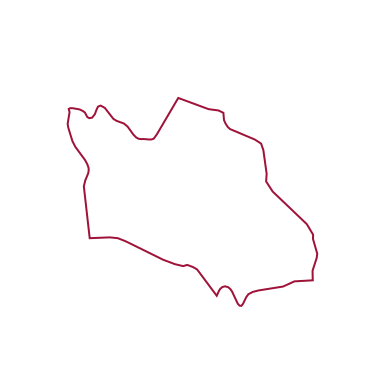 outline of Blantyre, rotated 115°
{"feature_id": "MWI-1921", "entity_name": "Blantyre", "entity_type": "District", "adm_level": 1, "iso_a3": "MWI", "parent_name": "Malawi", "parent_adm1": "", "projection": "orthographic", "projection_center": [34.955, -15.691], "detail": "fine", "context": "isolated", "style": "outline", "palette": "rose", "viewbox_px": 384, "rotation_deg": 115, "n_neighbors": 0, "source": "natural_earth", "source_scale": "10m", "svg_char_len": 1230}
<svg xmlns="http://www.w3.org/2000/svg" viewBox="0 0 384 384"><g transform="rotate(115 192 192)"><path d="M275.6,125.7L260.0,154.7L259.6,159.5L260.1,165.5L262.9,168.7L264.6,176.9L265.6,189.4L264.7,231.3L265.2,239.7L267.9,247.4L277.1,265.2L232.6,292.4L226.8,293.6L218.7,294.0L216.3,294.7L214.0,295.8L211.1,298.6L208.2,302.5L200.4,316.8L196.4,321.9L186.0,331.3L182.8,333.5L171.4,336.7L168.9,338.8L167.6,337.9L166.5,335.6L164.7,329.0L164.7,325.3L165.2,322.7L168.3,318.6L168.5,316.3L166.9,314.0L162.5,312.9L158.3,313.3L154.4,313.3L152.3,311.3L152.6,306.6L158.9,294.3L159.4,290.6L158.7,282.5L160.0,277.9L164.7,269.5L166.2,265.5L166.3,262.9L165.6,260.5L164.5,258.4L162.3,252.5L161.4,250.8L159.8,249.2L154.5,248.2L112.6,244.2L109.9,212.0L106.9,202.4L107.0,197.0L113.3,193.4L115.8,190.5L118.0,187.0L118.9,184.1L117.9,157.3L118.9,149.9L123.8,145.1L144.0,132.0L151.1,129.3L157.5,119.1L172.6,74.4L179.5,64.2L183.4,62.5L195.0,52.4L199.2,51.1L212.3,49.5L219.7,45.9L221.0,45.2L229.7,61.4L239.2,69.5L253.1,90.1L256.9,94.7L260.8,97.7L264.4,98.4L271.6,98.5L274.3,99.1L274.9,100.9L273.9,103.3L265.3,113.6L263.8,116.2L263.0,118.9L263.5,122.2L265.3,124.3L267.9,125.5L270.2,125.8L275.6,125.7Z" fill="none" stroke="#9f1239" stroke-width="2"/></g></svg>